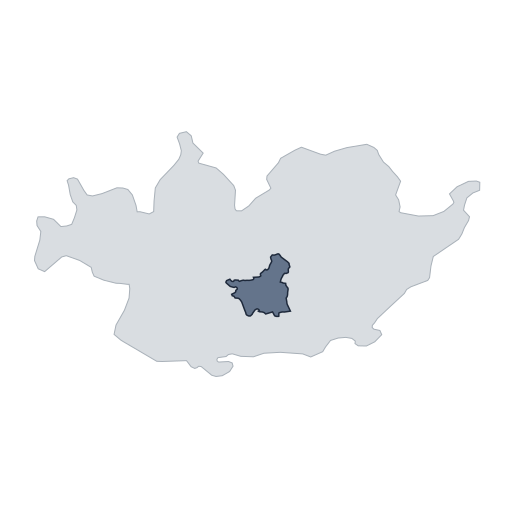 location of Lucerne within Switzerland, rotated 182°
{"feature_id": "CHE-163", "entity_name": "Lucerne", "entity_type": "Canton", "adm_level": 1, "iso_a3": "CHE", "parent_name": "Switzerland", "parent_adm1": "", "projection": "natural_earth1", "projection_center": [8.13, 47.03], "detail": "fine", "context": "in_parent", "style": "filled", "palette": "slate", "viewbox_px": 512, "rotation_deg": 182, "n_neighbors": 0, "source": "natural_earth", "source_scale": "10m", "svg_char_len": 4635}
<svg xmlns="http://www.w3.org/2000/svg" viewBox="0 0 512 512"><g transform="rotate(182 256 256)"><path d="M385.1,165.5L388.1,167.2L395.1,172.7L393.5,182.1L385.6,197.2L381.4,209.5L381.0,218.9L381.8,223.3L383.3,223.2L391.0,223.9L394.9,223.9L407.2,226.5L417.1,230.2L419.0,234.1L420.3,238.9L432.1,245.4L445.6,249.7L450.1,248.3L466.7,233.0L473.2,235.6L477.2,243.7L477.0,248.0L472.6,264.3L471.9,273.0L475.9,278.8L476.4,283.3L475.2,287.5L468.6,287.8L459.6,285.6L452.0,278.6L446.2,279.4L441.3,281.2L438.8,287.9L436.6,295.8L437.4,300.3L441.0,303.7L443.8,310.9L445.8,320.3L447.4,324.7L445.7,326.6L441.0,327.9L437.1,326.6L430.2,315.4L426.9,311.1L421.5,310.3L412.0,313.0L397.4,319.3L391.5,319.3L386.4,318.0L381.7,312.7L377.7,302.4L376.3,296.0L373.5,296.2L364.2,294.3L359.8,296.8L359.8,307.4L359.0,320.5L354.4,329.0L341.3,343.6L336.5,350.0L334.7,354.6L334.3,358.6L336.3,365.5L339.0,372.1L336.8,375.9L329.9,377.8L324.9,373.8L323.0,366.7L312.4,357.0L317.2,348.8L316.4,346.8L298.9,342.6L291.3,336.4L280.7,325.6L278.8,321.0L279.2,305.9L278.6,302.3L277.2,300.5L272.0,300.6L264.9,305.8L258.4,313.7L244.9,322.5L243.5,324.3L248.0,332.9L247.8,336.3L236.8,350.0L234.8,354.5L220.8,363.1L214.4,366.3L195.1,360.0L189.8,359.2L181.1,363.5L168.9,367.5L149.2,371.5L142.0,368.6L138.5,365.8L136.9,361.7L131.9,354.3L126.4,350.0L122.5,345.3L117.4,340.1L114.1,335.8L118.6,321.9L115.4,317.1L113.7,310.1L114.6,305.4L112.9,304.3L95.1,301.6L80.4,302.5L69.8,307.1L61.1,314.7L60.1,316.4L60.6,317.8L64.8,324.8L57.5,332.2L46.3,338.0L38.4,338.6L34.9,337.5L34.8,329.5L41.4,326.6L47.3,321.4L49.4,314.1L50.2,309.0L44.0,302.7L44.8,298.9L48.7,291.7L51.0,285.3L54.1,279.8L66.4,270.8L78.8,261.7L80.8,252.1L81.8,240.4L83.5,237.6L100.2,230.6L104.3,227.8L106.4,223.8L119.6,210.7L132.5,197.7L135.2,193.3L137.3,190.8L137.4,188.6L135.7,187.0L129.6,185.9L127.6,181.8L134.3,174.4L142.6,169.9L150.7,169.8L154.0,171.9L153.8,174.4L157.3,177.0L163.4,177.8L171.0,176.9L178.6,174.2L183.3,167.6L186.0,162.7L197.8,157.0L205.9,159.8L228.4,160.6L244.7,159.1L255.0,155.2L267.7,155.2L276.2,157.4L277.7,157.1L280.1,156.6L282.4,154.5L290.4,153.1L291.5,151.4L291.1,149.6L289.7,148.7L279.8,149.6L276.1,148.3L275.1,145.1L278.3,139.7L285.5,135.2L291.7,134.2L296.1,135.3L306.9,143.6L309.5,143.8L311.0,142.4L313.3,141.5L317.0,143.1L321.2,148.3L321.9,149.0L346.1,147.3L351.5,147.3L367.9,156.2L385.1,165.5Z" fill="#d9dde1" stroke="#a8b0b8" stroke-width="1"/><path d="M275.4,213.3L276.6,215.0L277.4,215.2L277.9,215.4L278.3,215.4L278.4,215.6L279.0,216.9L276.0,218.5L275.5,219.0L275.1,219.4L275.0,219.9L275.0,220.5L274.9,221.0L274.5,221.4L273.6,222.2L273.5,222.6L273.7,223.3L274.2,223.9L275.3,224.5L276.8,223.8L280.7,224.7L284.5,227.8L284.9,228.2L285.2,228.8L284.8,229.8L284.5,230.4L281.3,231.9L280.7,231.1L279.4,229.9L278.0,229.7L277.1,230.4L277.0,231.0L276.1,231.3L272.8,231.2L272.7,231.1L272.6,230.7L271.5,230.1L270.0,230.8L267.9,231.4L266.7,231.2L265.5,231.2L264.3,231.4L261.9,231.4L260.2,231.7L258.3,232.2L257.8,232.6L257.4,233.2L257.4,233.7L257.8,234.6L252.4,235.1L250.7,236.0L250.5,236.4L250.9,237.5L251.0,238.1L250.8,238.7L248.9,240.3L246.5,242.9L246.1,243.1L245.8,242.9L245.7,242.6L245.2,242.4L244.6,242.5L244.2,242.6L243.8,242.9L243.0,243.8L242.7,244.4L242.4,245.4L242.0,247.2L240.3,250.6L240.1,251.2L240.4,252.5L240.9,253.4L241.4,255.4L239.8,257.6L237.8,257.5L236.1,258.1L234.6,258.8L233.8,258.9L233.2,258.8L231.9,257.4L230.8,255.8L224.3,251.3L222.7,249.8L222.7,248.9L221.8,246.4L222.0,245.8L222.9,245.0L223.2,244.3L223.3,243.4L223.1,241.8L223.1,241.1L223.3,240.6L223.6,240.3L224.5,240.0L225.2,239.6L225.5,239.6L226.2,239.7L226.7,239.7L227.2,239.4L227.5,238.9L227.7,238.4L227.9,238.2L228.4,237.8L228.6,237.6L228.7,237.2L228.8,236.4L229.0,236.1L229.3,235.7L229.6,235.3L229.9,234.2L230.2,233.7L230.8,230.8L228.7,230.4L228.0,229.9L225.4,229.7L225.1,227.6L224.6,227.1L223.9,226.1L223.0,225.1L222.8,224.2L222.8,223.4L223.1,220.9L223.1,218.4L223.3,217.1L223.6,216.3L224.4,215.0L223.6,211.2L223.5,210.0L223.2,209.0L222.7,207.9L222.3,207.2L219.7,202.1L225.7,201.0L228.0,201.0L230.5,200.2L230.9,200.0L231.0,199.8L231.1,199.7L231.2,199.0L231.1,198.0L231.1,197.0L231.1,196.6L231.3,196.5L231.7,196.4L233.8,196.4L235.3,196.9L237.5,200.7L244.3,198.4L245.8,199.7L247.7,200.3L250.4,200.4L251.3,200.7L251.6,200.9L250.8,201.2L250.7,201.3L250.7,201.5L250.9,201.7L251.0,202.1L251.2,202.3L251.5,202.6L252.0,202.9L252.7,203.2L253.5,203.1L255.1,202.1L257.4,198.6L257.8,197.6L259.5,195.9L261.1,195.8L262.7,196.4L263.3,196.8L263.9,197.6L264.2,198.8L264.6,199.8L265.3,201.3L268.6,209.4L269.0,210.0L270.1,211.5L270.8,212.2L271.3,212.7L272.5,213.2L275.3,213.3L275.4,213.3Z" fill="#64748b" stroke="#1e293b" stroke-width="1.5"/></g></svg>